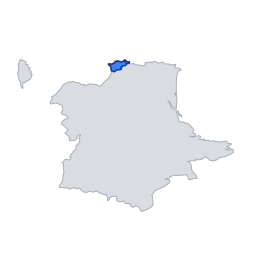 where Pyrénées-Orientales sits in France, rotated 171°
{"feature_id": "FRA-5337", "entity_name": "Pyrénées-Orientales", "entity_type": "Metropolitan department", "adm_level": 1, "iso_a3": "FRA", "parent_name": "France", "parent_adm1": "", "projection": "robinson", "projection_center": [2.397, 42.62], "detail": "fine", "context": "in_parent", "style": "filled", "palette": "blue", "viewbox_px": 256, "rotation_deg": 171, "n_neighbors": 0, "source": "natural_earth", "source_scale": "10m", "svg_char_len": 5271}
<svg xmlns="http://www.w3.org/2000/svg" viewBox="0 0 256 256"><g transform="rotate(171 128 128)"><path d="M198.5,103.9L196.9,104.7L195.9,106.3L194.8,106.7L192.9,106.7L191.9,105.7L189.6,106.3L188.7,107.4L190.1,108.6L185.6,113.7L182.7,115.1L182.1,118.5L178.7,121.0L177.4,123.6L177.3,124.1L178.2,125.0L177.9,126.7L176.1,127.9L176.2,129.0L176.7,129.1L179.3,128.2L180.3,127.2L179.8,125.8L182.5,124.1L187.3,124.5L187.9,126.8L187.4,128.7L190.9,132.9L188.0,134.8L187.8,136.1L191.0,140.3L193.0,142.0L192.0,144.8L188.8,146.6L186.6,146.5L185.7,146.9L185.9,147.8L187.4,150.4L191.0,152.0L191.6,154.0L190.6,154.7L189.0,157.6L189.7,159.0L189.5,159.7L189.9,160.7L190.8,161.6L195.9,164.1L200.4,163.7L201.0,165.1L198.3,169.0L198.5,170.7L197.1,170.7L196.9,171.3L194.1,172.6L189.7,176.5L187.6,177.6L186.8,179.6L185.6,180.7L179.1,182.9L177.9,182.4L174.8,182.5L172.8,181.1L169.0,180.2L167.7,178.1L164.2,177.7L164.0,176.4L159.1,177.6L152.1,175.7L149.7,173.7L147.6,174.3L145.9,176.1L138.4,180.8L135.5,185.7L136.0,191.4L137.8,194.2L133.2,193.8L130.5,194.6L129.8,195.8L123.3,194.4L120.9,195.6L120.2,195.5L119.4,194.3L116.2,192.9L116.7,192.0L116.3,191.2L113.3,190.5L112.3,191.3L111.2,189.6L102.8,187.0L101.5,187.1L100.9,189.7L95.5,189.6L94.8,189.1L91.3,189.7L87.6,187.3L83.5,187.7L81.0,185.2L78.6,185.1L75.2,183.8L73.6,183.1L73.4,182.4L72.4,183.5L71.1,183.3L70.8,182.9L71.7,181.6L71.9,180.0L67.6,178.8L66.5,177.6L66.5,177.0L68.8,176.5L70.9,174.3L73.0,166.2L74.6,156.7L75.7,154.9L77.0,154.4L76.0,153.1L74.7,154.8L75.6,146.2L77.2,139.7L80.8,142.3L81.6,143.5L82.6,147.3L84.6,149.0L83.3,147.4L82.1,142.3L81.3,140.8L75.7,136.5L75.5,135.6L78.0,136.1L77.0,132.9L76.6,126.2L73.1,125.5L67.7,122.6L64.0,117.5L63.6,115.6L64.7,113.5L63.8,112.3L62.2,111.4L63.5,109.6L64.6,109.4L68.6,110.4L65.4,108.8L60.1,109.4L58.0,108.8L57.7,107.6L59.1,106.0L57.4,105.0L54.4,105.3L54.1,104.9L55.0,103.7L54.2,103.3L51.8,103.8L50.4,103.4L49.1,102.1L45.2,101.8L44.3,101.1L38.9,99.6L33.2,99.9L31.7,97.4L28.3,96.1L29.0,95.3L32.5,94.6L33.2,93.9L30.7,92.8L29.8,91.8L34.5,91.5L32.4,90.4L27.9,90.5L27.4,89.0L28.0,87.4L30.7,86.0L37.2,84.5L42.0,84.5L45.4,82.7L48.7,82.2L51.8,83.1L56.0,87.5L59.4,85.6L64.4,85.6L65.5,86.7L66.9,84.7L68.0,85.9L74.1,85.5L72.7,84.7L71.6,82.8L71.5,75.9L68.4,70.9L67.7,69.1L67.9,67.6L71.6,67.8L74.6,67.1L76.1,67.6L76.4,70.8L77.6,72.7L86.1,73.3L91.0,74.3L95.1,72.5L99.0,71.6L99.3,71.2L97.1,71.4L95.1,70.6L94.8,69.7L95.9,67.2L101.8,64.4L110.4,62.1L112.6,60.6L115.2,57.8L114.6,57.1L115.0,49.5L116.3,47.0L119.6,45.2L127.9,43.4L128.9,45.8L128.8,47.1L131.0,49.3L132.1,49.9L135.8,48.8L137.5,50.8L138.0,53.0L142.4,53.9L143.7,56.8L144.5,56.2L147.3,56.3L148.6,56.6L150.4,57.9L149.8,59.6L150.6,60.5L149.9,62.1L150.4,62.7L155.5,62.7L157.0,62.0L157.6,60.4L159.2,59.4L159.7,59.7L158.8,62.8L159.5,63.5L159.9,65.7L161.8,65.9L165.6,67.7L168.7,70.6L172.6,70.1L175.7,71.7L178.8,70.8L181.8,71.7L182.8,72.6L185.7,76.6L187.8,75.8L189.3,76.3L189.8,77.5L195.5,76.8L196.6,77.9L197.8,78.4L205.0,79.9L205.1,81.4L201.1,85.8L199.4,92.0L198.3,94.1L197.9,95.7L198.2,96.8L198.1,98.5L197.3,102.5L197.8,103.7L198.5,103.9ZM227.2,187.6L227.0,190.2L228.0,192.1L228.6,199.5L226.6,203.1L226.4,207.5L223.8,212.6L219.6,210.3L218.3,209.0L219.3,207.1L216.9,206.0L217.4,204.1L217.1,203.1L215.4,203.0L215.3,202.5L216.5,201.0L216.5,200.1L214.8,199.0L214.5,197.9L216.0,196.8L215.3,195.8L214.4,195.5L216.4,192.1L217.8,191.1L221.1,190.1L222.4,188.9L224.6,189.6L224.9,189.2L225.5,183.9L226.2,183.8L226.9,184.5L227.2,187.6ZM76.0,133.3L75.5,134.8L73.3,132.1L73.1,130.7L76.0,133.3Z" fill="#d9dde1" stroke="#a8b0b8" stroke-width="1"/><path d="M116.4,192.3L116.5,192.1L116.7,191.9L117.1,191.9L117.3,191.8L118.2,191.6L118.6,191.6L118.8,191.6L119.3,191.8L119.6,191.7L119.8,191.5L119.9,191.3L119.9,191.1L119.9,190.9L120.0,190.7L120.4,190.3L120.5,190.2L121.9,190.1L122.6,190.2L122.8,190.2L123.2,190.3L123.5,190.0L124.2,189.3L124.4,189.3L124.8,189.4L125.1,189.3L125.3,189.1L125.5,188.9L125.5,188.7L125.2,187.3L125.3,187.1L125.8,186.9L130.5,187.1L130.9,187.0L131.0,186.8L131.4,186.3L131.6,186.1L132.7,185.7L132.8,185.7L133.2,186.0L135.4,187.1L135.3,187.9L135.3,188.6L135.4,189.0L135.3,189.8L135.3,190.7L135.4,191.5L135.5,192.0L135.7,192.3L136.0,192.4L136.4,192.5L136.7,192.6L136.8,192.7L136.8,192.9L136.8,193.1L136.9,193.3L137.0,193.4L137.3,193.8L137.3,194.1L136.7,194.3L136.3,194.3L136.0,194.3L135.7,194.2L135.4,194.0L135.3,193.8L135.2,193.6L134.7,193.6L134.3,193.7L133.8,193.5L133.3,193.9L133.1,193.9L132.8,193.9L132.6,193.9L132.4,194.0L132.0,194.4L131.7,194.5L131.4,194.6L130.9,194.5L130.6,194.5L130.3,194.6L129.7,195.1L129.7,195.6L129.9,195.8L129.5,195.8L129.2,195.8L128.6,195.6L128.3,195.6L128.2,195.7L128.1,196.0L127.8,196.1L127.6,196.0L127.4,195.9L127.1,195.8L126.8,195.6L126.6,195.3L126.5,195.0L126.3,195.0L125.8,194.9L125.0,194.6L124.8,194.5L124.4,194.3L124.0,194.3L123.1,194.5L122.4,194.5L122.2,194.6L122.0,194.9L121.9,195.0L121.6,195.3L121.3,195.5L121.2,195.6L120.9,195.6L120.6,195.7L120.4,195.7L120.2,195.6L119.9,195.3L119.8,195.1L119.6,194.4L119.4,194.1L119.2,194.0L118.9,194.0L118.6,193.9L117.8,193.4L117.5,193.3L116.6,193.2L116.3,193.1L116.3,192.9L116.3,192.5L116.4,192.3ZM120.2,194.0L120.4,194.0L120.3,193.7L120.1,193.4L120.0,193.2L119.8,193.3L119.7,193.6L119.7,193.9L119.9,194.0L120.2,194.0Z" fill="#3b82f6" stroke="#1e3a8a" stroke-width="1.5"/></g></svg>